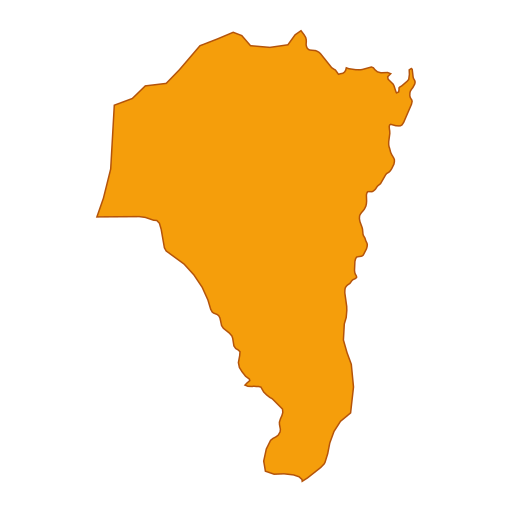 the border of Faranah
{"feature_id": "GIN-5636", "entity_name": "Faranah", "entity_type": "Prefecture", "adm_level": 1, "iso_a3": "GIN", "parent_name": "Guinea", "parent_adm1": "", "projection": "natural_earth1", "projection_center": [-10.509, 9.855], "detail": "fine", "context": "isolated", "style": "filled", "palette": "amber", "viewbox_px": 512, "rotation_deg": 0, "n_neighbors": 0, "source": "natural_earth", "source_scale": "10m", "svg_char_len": 3090}
<svg xmlns="http://www.w3.org/2000/svg" viewBox="0 0 512 512"><path d="M252.2,386.5L247.9,386.3L245.0,385.1L247.3,382.7L249.8,380.6L249.4,379.1L245.6,376.3L242.0,371.7L239.4,367.5L238.4,362.6L239.7,355.6L240.0,351.7L238.1,349.9L235.7,348.5L233.9,345.9L232.7,338.3L231.9,336.0L229.5,333.2L223.4,328.3L221.6,325.6L220.0,318.2L219.0,316.1L217.4,314.6L213.5,313.0L212.2,312.0L210.7,309.3L207.9,299.9L202.2,287.3L193.9,274.9L184.0,264.0L166.2,251.0L164.4,247.8L161.2,229.4L159.4,223.2L156.8,220.5L153.5,220.2L145.3,217.4L139.3,216.6L96.9,216.9L103.4,198.3L110.7,169.0L114.3,105.2L132.3,98.5L145.3,85.9L166.2,83.4L179.2,70.0L200.0,45.7L217.3,39.0L233.2,32.3L241.8,35.6L250.5,45.7L269.9,47.4L287.9,44.8L295.1,34.8L301.0,30.7L304.1,34.8L305.7,37.5L306.2,39.5L306.3,41.6L306.1,44.4L306.4,46.2L307.1,48.0L308.0,49.0L309.1,49.8L310.4,50.1L315.6,50.6L317.4,51.4L319.0,52.3L320.5,53.7L331.6,67.6L334.1,69.3L335.4,70.0L338.5,74.3L340.5,73.7L342.8,73.3L344.5,72.1L345.7,70.2L346.3,67.8L348.8,68.7L355.7,69.7L360.3,69.8L362.3,69.5L371.4,67.0L373.4,67.8L374.9,69.7L377.4,71.8L381.0,72.8L387.5,72.5L390.7,73.7L387.7,76.7L388.1,79.2L393.2,84.2L394.1,86.1L395.9,91.7L396.5,92.9L398.6,92.0L399.0,89.9L399.0,87.9L399.8,87.0L401.6,86.0L407.2,81.2L408.7,79.4L409.4,74.5L409.2,69.9L411.3,68.5L412.2,69.3L413.1,77.0L413.4,78.1L414.0,79.4L414.7,80.5L415.1,82.0L414.8,83.9L412.9,87.5L411.5,89.3L410.4,91.1L409.9,92.8L409.8,95.8L410.3,97.6L411.1,99.0L411.8,100.0L412.1,101.4L411.5,104.2L403.7,122.3L402.0,124.9L400.4,125.8L398.8,125.9L395.7,125.7L390.7,124.3L389.7,124.9L389.2,126.4L389.4,129.0L389.7,130.9L389.8,133.5L388.7,141.8L388.7,144.6L389.0,146.6L389.5,148.0L390.7,152.5L391.9,155.0L392.6,156.1L393.9,158.4L394.4,159.7L394.4,161.7L393.9,164.2L391.7,168.7L390.3,170.8L388.9,172.2L386.7,173.5L385.7,174.7L380.5,183.7L377.7,185.9L376.9,186.9L376.2,188.0L375.5,189.1L374.6,190.0L373.6,190.8L372.6,191.5L371.5,191.7L369.0,191.6L367.7,191.7L366.9,192.9L366.4,194.9L366.6,201.2L366.4,203.7L365.9,206.0L364.5,208.9L363.3,210.5L361.4,212.7L360.1,214.6L359.6,215.8L359.5,216.8L359.4,218.6L359.9,221.5L362.1,227.5L362.5,229.1L363.0,234.3L363.5,235.7L364.9,238.0L365.8,240.8L367.0,243.3L367.3,244.7L367.1,246.6L366.5,248.8L363.3,255.0L362.4,255.8L361.1,256.3L358.0,256.7L356.6,257.1L355.6,258.7L354.9,261.4L354.5,270.4L354.8,272.7L355.3,274.1L356.0,275.3L356.5,276.4L356.6,277.4L355.5,278.5L352.9,279.7L351.9,280.6L349.9,283.4L347.5,285.0L346.6,285.9L345.8,286.9L345.2,288.1L344.9,289.9L344.8,292.8L346.7,306.4L346.8,310.4L346.2,317.5L344.3,323.9L343.4,340.0L347.0,352.6L351.3,364.3L353.5,387.0L350.6,412.9L340.5,421.3L334.0,431.4L329.8,442.9L327.7,453.7L325.0,462.4L324.1,464.0L320.7,467.5L307.4,478.0L302.2,481.3L302.0,479.5L299.1,476.8L293.5,474.9L284.0,473.8L274.1,474.2L265.4,471.2L263.7,461.1L266.3,449.0L270.6,440.3L273.0,438.4L275.7,437.0L278.2,435.2L280.1,431.9L280.4,429.3L279.5,424.6L279.4,422.2L280.5,418.7L281.9,415.6L282.8,412.5L282.5,409.1L272.3,398.8L269.8,397.4L266.6,394.9L263.7,392.0L260.9,387.1L258.6,386.5L256.1,386.5L253.7,386.2L252.2,386.5Z" fill="#f59e0b" stroke="#b45309" stroke-width="1.5"/></svg>